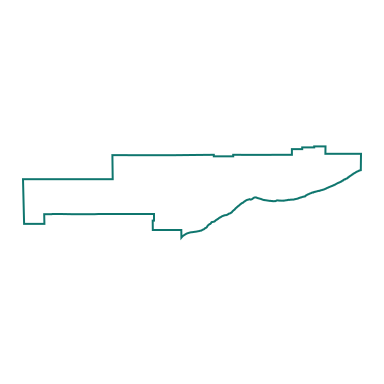 the district of Dundas, Western Australia, Australia
{"feature_id": "25037944B97036074912579", "entity_name": "Dundas", "entity_type": "district", "adm_level": 2, "iso_a3": "AUS", "parent_name": "Australia", "parent_adm1": "Western Australia", "projection": "equal_earth", "projection_center": [126.268, -32.126], "detail": "fine", "context": "isolated", "style": "outline", "palette": "teal", "viewbox_px": 384, "rotation_deg": 0, "n_neighbors": 0, "source": "geoboundaries", "source_scale": "gbopen_adm2", "svg_char_len": 5622}
<svg xmlns="http://www.w3.org/2000/svg" viewBox="0 0 384 384"><path d="M361.0,153.8L325.4,153.8L325.5,146.4L314.2,146.4L314.2,147.4L302.2,147.4L302.2,149.1L291.9,149.1L291.9,154.8L278.8,154.8L256.9,154.9L233.2,154.8L233.2,156.3L213.8,156.3L213.8,154.8L192.2,155.0L173.0,155.2L135.3,155.2L112.4,155.1L112.7,179.2L68.5,179.2L42.4,179.2L23.0,179.2L24.1,223.9L44.4,223.9L44.2,214.2L51.8,214.2L52.2,214.0L61.0,214.0L72.6,214.2L89.3,214.2L94.7,214.2L98.4,214.0L154.0,214.0L154.0,220.6L152.7,220.6L152.8,230.0L181.3,230.0L181.4,237.6L182.3,236.5L183.2,235.7L183.4,235.6L184.8,234.7L186.6,233.6L186.9,233.5L188.0,233.1L189.7,232.6L190.4,232.4L191.9,232.2L192.2,232.2L192.9,232.1L193.3,232.0L193.7,232.0L194.7,231.8L195.1,231.8L195.6,231.7L196.4,231.6L198.3,231.2L199.1,231.1L199.9,230.8L201.0,230.6L201.3,230.6L201.9,230.2L202.4,229.9L202.7,229.7L203.1,229.6L204.0,229.2L204.5,228.8L204.8,228.4L205.2,228.2L205.4,228.0L206.1,227.8L206.7,227.3L206.9,227.1L207.2,226.4L207.3,226.3L208.0,225.4L208.2,225.2L208.3,225.1L208.5,224.9L208.9,224.7L209.1,224.4L209.8,224.0L210.1,224.0L210.4,223.8L210.6,223.6L210.9,223.3L211.2,222.7L211.3,222.5L211.6,222.1L211.8,222.1L212.0,222.1L212.6,222.0L213.2,221.8L213.9,221.7L214.5,221.5L214.6,221.3L214.8,221.2L215.1,221.0L215.2,220.8L215.5,220.6L215.7,220.3L216.2,220.0L216.8,219.7L217.2,219.3L217.4,219.3L217.7,219.0L218.1,218.9L218.4,218.6L218.7,218.3L219.0,218.1L219.2,217.9L219.5,217.7L220.1,217.5L220.2,217.3L220.5,217.2L221.0,217.0L221.6,216.5L222.4,216.1L222.8,216.0L223.4,215.7L223.6,215.7L223.9,215.5L224.2,215.5L224.5,215.3L225.2,215.2L226.3,215.1L226.8,214.9L227.0,214.9L227.5,214.5L228.3,214.2L228.5,213.9L228.7,213.7L229.7,213.5L229.9,213.4L230.5,213.2L230.7,212.9L230.8,212.8L231.2,212.7L231.6,212.4L231.8,212.3L232.3,211.5L232.9,211.0L233.0,210.8L233.3,210.6L233.6,210.3L234.0,210.0L234.1,209.9L234.4,209.8L234.7,209.5L235.0,209.0L235.4,208.7L235.6,208.3L236.0,208.0L236.8,207.4L237.2,206.9L237.6,206.7L237.8,206.4L238.1,206.2L238.4,205.9L238.7,205.8L239.0,205.5L239.4,205.3L239.8,204.7L240.4,204.3L240.6,204.1L241.0,203.9L241.1,203.7L241.3,203.5L241.6,203.4L241.9,203.1L242.1,203.1L242.7,202.8L243.2,202.6L243.4,202.3L244.2,201.6L244.5,201.5L244.7,201.4L245.0,201.2L245.2,200.9L245.7,200.7L246.2,200.3L246.6,200.1L246.9,200.0L247.2,199.9L247.6,199.8L248.2,199.6L248.4,199.6L248.9,199.5L249.2,199.4L249.4,199.2L250.2,199.4L250.5,199.6L250.8,199.6L251.0,199.5L251.4,199.4L252.3,199.0L252.7,198.6L252.9,198.5L253.2,198.2L253.4,198.1L253.8,197.8L254.0,197.7L254.4,197.5L255.6,197.4L255.9,197.4L256.6,197.6L256.8,197.7L257.0,197.9L257.6,198.1L257.9,198.1L258.4,198.3L259.7,198.6L260.4,198.9L260.9,198.9L261.4,199.2L262.3,199.5L262.6,199.6L263.0,199.8L263.8,200.0L264.2,200.1L264.5,200.0L265.1,200.2L265.4,200.2L266.1,200.3L268.6,200.7L269.4,200.8L269.7,200.9L270.4,200.8L271.0,201.0L272.2,201.0L272.3,201.1L272.5,201.1L273.2,201.2L273.9,201.2L274.1,201.1L274.5,201.1L274.8,201.1L275.0,201.1L275.5,201.1L276.2,200.8L276.3,200.7L276.6,200.5L277.0,200.4L278.0,200.4L278.2,200.5L278.6,200.5L279.7,200.6L279.8,200.7L280.1,200.7L280.3,200.6L280.6,200.6L281.5,200.7L282.0,200.7L283.2,200.7L283.6,200.6L283.8,200.7L284.0,200.6L284.3,200.6L285.3,200.4L286.0,200.3L286.8,200.2L287.1,200.2L287.6,200.0L287.8,200.0L288.1,199.9L288.7,199.9L288.8,199.8L289.5,199.9L289.9,199.8L290.1,199.8L290.4,199.7L291.6,199.7L291.8,199.6L292.2,199.6L292.3,199.6L292.5,199.6L292.9,199.6L293.1,199.6L293.5,199.6L293.9,199.5L294.0,199.5L294.2,199.4L294.4,199.3L295.3,199.1L295.6,199.1L295.8,199.0L296.3,198.9L296.5,198.9L297.7,198.6L298.1,198.5L298.4,198.2L298.5,198.2L299.4,197.9L299.5,197.9L299.8,197.7L300.4,197.5L300.5,197.6L301.0,197.5L301.7,197.2L302.0,197.1L302.4,196.9L302.9,196.9L303.0,196.8L303.6,196.6L303.8,196.6L304.2,196.5L304.5,196.5L304.9,196.5L305.3,196.2L305.4,195.9L305.7,195.8L305.8,195.6L306.1,195.3L306.9,195.0L307.4,194.6L307.7,194.5L307.8,194.4L308.3,194.3L308.7,194.2L308.9,194.0L309.4,193.7L311.4,193.0L312.0,192.6L312.4,192.6L313.1,192.3L313.5,192.2L313.6,192.3L313.7,192.2L313.9,192.2L314.2,192.1L314.3,192.0L314.7,191.9L314.9,191.8L315.1,191.7L315.4,191.8L315.9,191.6L316.7,191.4L317.1,191.3L317.4,191.2L317.6,191.1L318.0,191.0L318.3,191.0L318.5,190.9L319.4,190.9L319.5,190.8L319.9,190.6L320.2,190.6L320.4,190.4L320.8,190.3L321.8,190.1L322.2,190.0L322.3,189.9L322.9,189.8L323.0,189.7L323.4,189.6L323.7,189.5L323.9,189.5L324.3,189.3L324.5,189.2L325.1,189.0L325.5,188.7L325.8,188.6L326.3,188.5L326.8,188.1L327.5,187.8L328.2,187.6L328.5,187.3L329.0,187.2L329.7,186.9L329.9,186.8L330.1,186.7L330.3,186.6L330.8,186.4L331.0,186.4L331.5,186.1L331.9,186.0L332.2,185.9L332.3,185.9L332.5,185.7L333.2,185.4L333.6,185.4L333.8,185.1L334.1,185.0L334.4,184.8L334.8,184.8L335.0,184.7L335.3,184.5L335.6,184.3L336.6,183.7L337.0,183.5L337.6,183.2L337.9,183.0L338.1,183.0L338.5,182.7L338.9,182.7L339.3,182.5L339.5,182.4L339.8,182.2L340.2,182.1L340.6,181.8L340.7,181.7L341.0,181.6L341.3,181.6L341.6,181.4L341.7,181.2L341.9,181.0L342.1,180.9L342.7,180.6L342.9,180.6L343.0,180.4L343.3,180.1L343.5,179.9L343.8,179.7L344.0,179.7L344.5,179.5L345.2,179.4L345.3,179.3L345.4,179.0L345.5,179.0L345.8,178.9L346.0,178.8L346.4,178.6L346.7,178.5L346.9,178.5L347.0,178.4L347.5,178.1L347.8,177.9L347.9,177.6L348.2,177.3L348.4,177.3L348.7,177.1L349.2,176.6L349.4,176.6L349.6,176.3L350.0,176.1L350.9,175.5L351.2,175.3L351.5,175.2L352.2,174.5L352.8,174.3L352.9,174.1L353.3,173.7L353.9,173.5L354.2,173.2L354.8,172.9L355.1,172.8L355.5,172.6L355.9,172.2L356.8,171.7L357.2,171.6L357.4,171.4L357.8,171.3L358.1,171.2L358.8,170.9L358.9,170.7L359.3,170.5L360.8,170.2L361.0,153.8Z" fill="none" stroke="#0f766e" stroke-width="2"/></svg>